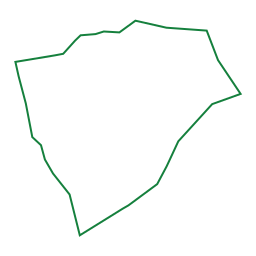 the district of Uulbayan, Sühbaatar, Mongolia
{"feature_id": "93677404B28478416756495", "entity_name": "Uulbayan", "entity_type": "district", "adm_level": 2, "iso_a3": "MNG", "parent_name": "Mongolia", "parent_adm1": "Sühbaatar", "projection": "mercator", "projection_center": [112.341, 46.503], "detail": "fine", "context": "isolated", "style": "outline", "palette": "green", "viewbox_px": 256, "rotation_deg": 0, "n_neighbors": 0, "source": "geoboundaries", "source_scale": "gbopen_adm2", "svg_char_len": 459}
<svg xmlns="http://www.w3.org/2000/svg" viewBox="0 0 256 256"><path d="M128.4,205.4L157.2,184.1L166.6,166.4L169.2,160.9L178.3,141.3L212.2,104.1L240.6,93.9L218.0,60.1L206.7,30.6L166.4,27.7L135.4,20.7L119.4,32.4L103.8,31.5L95.5,34.1L80.6,35.3L75.1,40.6L63.2,53.8L55.2,55.3L15.4,61.9L18.6,76.2L25.8,103.4L32.3,137.1L41.0,145.2L44.9,159.5L53.0,173.5L69.6,194.5L79.8,235.3L120.4,210.1L123.0,208.5L128.4,205.4Z" fill="none" stroke="#15803d" stroke-width="2"/></svg>